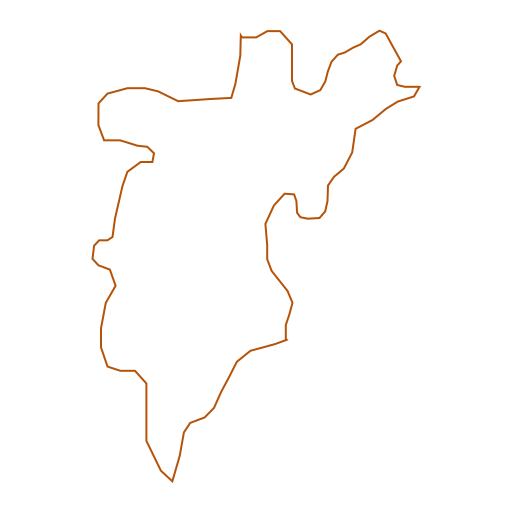 the border of Studeničani
{"feature_id": "MKD-2912", "entity_name": "Studeničani", "entity_type": "Statistical Region", "adm_level": 1, "iso_a3": "MKD", "parent_name": "North Macedonia", "parent_adm1": "", "projection": "equal_earth", "projection_center": [21.451, 41.794], "detail": "fine", "context": "isolated", "style": "outline", "palette": "amber", "viewbox_px": 512, "rotation_deg": 0, "n_neighbors": 0, "source": "natural_earth", "source_scale": "10m", "svg_char_len": 1448}
<svg xmlns="http://www.w3.org/2000/svg" viewBox="0 0 512 512"><path d="M120.4,370.8L110.9,367.7L107.5,366.5L101.0,347.4L101.0,328.3L105.8,302.8L115.6,285.8L109.9,269.6L98.4,265.3L92.5,258.8L94.1,245.7L99.2,240.3L107.4,240.3L112.5,237.0L115.0,218.5L122.5,185.9L127.4,171.8L140.7,162.0L152.4,162.0L154.0,153.3L147.3,146.8L137.4,145.7L120.0,140.3L104.1,140.3L98.4,125.1L98.5,103.4L107.5,93.6L127.4,88.2L145.0,88.2L158.2,91.4L178.2,101.2L210.4,99.0L231.3,97.9L235.4,83.8L240.3,55.6L240.8,35.5L242.0,37.4L245.2,37.4L256.2,37.4L267.4,31.1L280.1,31.1L292.0,44.4L292.0,63.9L292.0,80.9L294.9,88.5L310.7,94.5L320.3,90.1L325.3,81.4L327.8,71.6L331.5,61.8L337.8,54.7L344.8,52.5L353.2,47.6L354.8,46.9L360.6,44.4L369.4,36.7L378.1,31.5L379.5,30.7L385.7,33.5L392.8,46.5L401.0,61.3L397.2,65.6L394.2,75.8L397.2,85.0L404.9,86.8L418.2,86.8L419.5,86.9L414.0,96.4L397.7,101.6L385.9,108.9L372.5,120.0L355.6,128.8L352.2,152.4L343.8,168.6L334.1,176.7L328.0,185.5L327.5,201.1L325.2,211.4L319.5,218.0L307.7,218.7L300.4,217.2L297.1,212.8L296.4,201.1L294.1,194.4L284.6,193.7L273.9,205.5L265.4,223.9L267.2,245.3L267.2,259.3L271.7,271.0L287.5,290.9L292.5,302.8L289.1,315.3L285.8,324.9L285.8,338.9L286.7,339.8L275.3,344.0L250.4,350.8L236.9,361.7L228.6,378.0L221.3,391.6L214.0,407.9L204.7,417.4L190.2,422.9L183.9,432.4L179.8,455.5L173.8,476.3L172.3,481.3L160.9,470.7L146.4,440.9L146.4,423.9L146.4,383.5L135.0,370.8L120.4,370.8Z" fill="none" stroke="#b45309" stroke-width="2"/></svg>